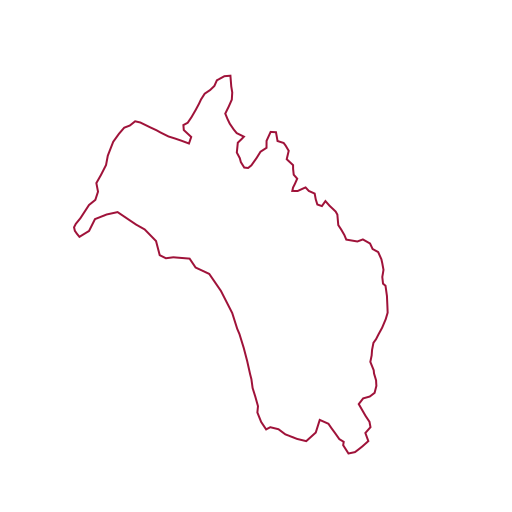 the district of Episkopi Lemesou, Limassol, Cyprus, rotated 24°
{"feature_id": "46923920B6268683542966", "entity_name": "Episkopi Lemesou", "entity_type": "district", "adm_level": 2, "iso_a3": "CYP", "parent_name": "Cyprus", "parent_adm1": "Limassol", "projection": "robinson", "projection_center": [32.883, 34.674], "detail": "fine", "context": "isolated", "style": "outline", "palette": "rose", "viewbox_px": 512, "rotation_deg": 24, "n_neighbors": 0, "source": "geoboundaries", "source_scale": "gbopen_adm2", "svg_char_len": 2290}
<svg xmlns="http://www.w3.org/2000/svg" viewBox="0 0 512 512"><g transform="rotate(24 256 256)"><path d="M78.1,303.8L80.3,306.7L83.3,308.5L86.9,310.3L93.3,301.0L93.9,287.8L102.7,278.8L111.7,272.2L133.8,276.1L143.5,277.0L158.6,283.0L167.7,294.4L174.6,294.7L181.0,290.8L196.4,285.4L205.5,291.1L220.6,291.4L238.2,302.2L257.5,317.8L268.4,330.1L272.6,334.0L282.3,345.1L290.7,355.6L298.8,366.5L301.9,370.4L306.6,378.0L312.6,384.8L318.9,392.4L320.9,398.4L328.2,405.5L335.8,410.3L336.3,409.6L338.7,406.6L347.0,405.1L355.3,407.0L367.9,406.4L377.2,404.7L382.4,393.0L380.9,379.8L390.4,379.8L394.8,382.5L400.4,385.7L406.6,389.4L411.7,390.1L412.6,393.4L420.8,398.8L426.2,394.9L428.4,390.9L430.6,386.7L433.9,379.4L427.9,373.2L430.2,365.8L427.1,361.3L421.1,357.5L410.1,349.5L411.8,342.5L417.1,338.1L420.0,332.8L418.8,325.7L417.5,323.2L416.3,320.8L411.6,315.3L410.0,312.5L403.5,306.2L402.1,299.8L400.2,294.5L398.6,287.5L399.5,283.2L399.8,277.6L400.4,270.2L400.2,260.9L399.3,254.2L396.4,248.3L391.9,239.3L386.4,230.5L383.3,229.6L379.9,223.8L379.1,220.6L378.1,216.8L374.4,211.4L371.9,208.0L366.0,202.7L359.7,202.2L355.1,198.2L346.9,197.4L342.7,201.5L331.8,204.3L328.2,200.9L323.1,197.2L318.6,194.3L316.7,190.9L313.5,185.1L310.7,183.0L302.8,180.2L297.1,177.6L295.9,183.6L291.1,184.0L287.5,179.9L284.2,175.1L277.8,175.1L273.4,173.2L272.0,174.7L267.6,179.7L262.7,181.8L262.0,178.4L262.2,174.2L262.2,168.6L257.4,166.4L254.5,161.4L252.9,157.9L244.7,155.1L243.1,146.6L238.3,143.2L238.0,143.0L235.3,141.5L228.9,142.2L225.8,137.6L223.9,134.8L218.9,136.7L218.8,146.5L221.6,152.9L217.7,158.9L216.7,166.1L214.9,175.1L213.0,178.8L209.3,180.0L204.0,176.4L201.4,173.2L196.4,169.3L193.3,159.9L195.3,155.0L196.4,151.9L188.4,151.6L184.2,149.5L178.2,145.8L174.2,142.4L170.0,138.4L170.3,130.8L170.3,123.0L167.8,116.3L164.4,111.1L159.3,101.7L154.0,104.6L148.8,111.4L148.8,117.6L146.6,123.0L143.1,128.6L142.1,135.3L142.0,140.1L141.5,147.0L140.6,155.4L139.4,162.1L136.4,165.9L138.8,170.3L148.4,173.6L149.0,180.5L141.0,181.0L134.3,181.6L127.4,182.4L118.3,182.0L114.0,181.6L107.0,181.5L96.0,181.1L90.8,182.1L87.7,188.1L83.4,192.4L81.1,200.1L79.1,209.7L79.5,218.4L79.8,224.6L82.0,233.9L81.4,245.1L80.5,254.3L85.5,261.5L86.4,270.1L82.7,277.3L80.2,293.0L78.3,299.9L78.1,303.8Z" fill="none" stroke="#9f1239" stroke-width="2"/></g></svg>